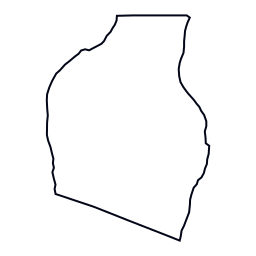 outline of Novo Gama, Goiás, Brazil
{"feature_id": "56859067B18027266556468", "entity_name": "Novo Gama", "entity_type": "district", "adm_level": 2, "iso_a3": "BRA", "parent_name": "Brazil", "parent_adm1": "Goiás", "projection": "equal_earth", "projection_center": [-48.065, -16.126], "detail": "fine", "context": "isolated", "style": "outline", "palette": "ink", "viewbox_px": 256, "rotation_deg": 0, "n_neighbors": 0, "source": "geoboundaries", "source_scale": "gbopen_adm2", "svg_char_len": 1233}
<svg xmlns="http://www.w3.org/2000/svg" viewBox="0 0 256 256"><path d="M209.2,145.8L205.8,143.3L205.5,137.3L204.8,131.4L206.3,126.3L206.3,121.2L204.1,115.0L201.2,110.9L199.3,106.8L196.6,103.7L194.0,100.1L190.9,96.6L188.2,93.6L185.9,90.6L183.3,87.0L180.5,82.1L179.2,76.2L178.7,69.1L179.7,63.1L180.9,59.1L183.5,52.8L184.1,46.6L184.1,41.1L184.7,35.5L185.0,31.1L186.2,26.6L187.6,22.4L189.8,17.6L186.7,15.4L179.7,15.4L174.5,15.4L170.8,15.4L165.3,15.4L161.9,15.4L158.6,15.4L153.4,15.4L148.4,15.4L143.6,15.4L139.7,15.4L133.7,15.4L116.9,15.8L116.6,20.4L114.8,24.8L112.7,27.9L110.6,31.8L106.7,35.9L104.0,41.1L101.4,43.8L97.5,45.9L93.2,48.1L89.1,50.3L85.1,49.3L81.1,50.5L78.7,53.7L74.8,56.6L69.6,61.0L64.9,64.7L60.1,70.1L56.2,73.6L52.2,80.8L49.3,87.4L47.1,94.3L46.8,100.3L47.2,108.6L47.8,115.4L47.1,122.4L46.9,135.0L48.1,140.5L50.5,147.1L52.2,154.3L53.4,158.7L52.9,163.2L53.9,167.8L52.4,172.2L53.8,178.4L55.5,184.6L54.6,189.0L55.6,194.0L93.6,206.7L127.7,220.2L171.7,237.4L179.7,240.6L180.7,236.5L181.6,230.5L183.9,226.0L189.1,212.4L189.9,204.8L190.1,199.8L191.3,194.9L193.7,187.7L196.8,184.2L198.0,180.2L201.4,177.5L203.8,173.2L205.0,168.5L206.9,163.9L207.2,159.4L208.7,153.8L209.2,145.8Z" fill="none" stroke="#020617" stroke-width="2"/></svg>